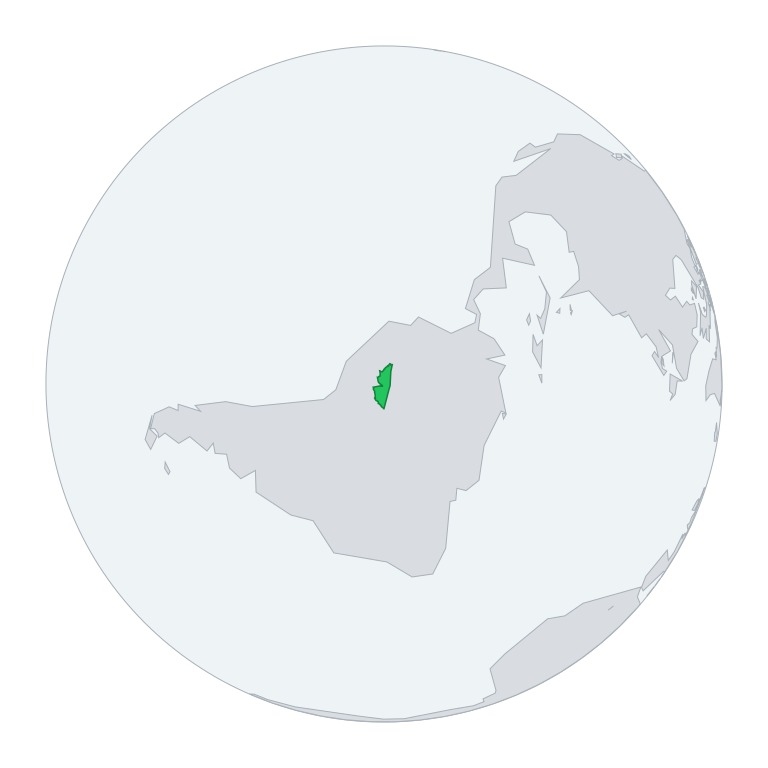 Acre on an orthographic globe, rotated 79°
{"feature_id": "BRA-576", "entity_name": "Acre", "entity_type": "State", "adm_level": 1, "iso_a3": "BRA", "parent_name": "Brazil", "parent_adm1": "", "projection": "orthographic", "projection_center": [-70.836, -9.13], "detail": "fine", "context": "on_globe", "style": "filled", "palette": "green", "viewbox_px": 768, "rotation_deg": 79, "n_neighbors": 0, "source": "natural_earth", "source_scale": "10m", "svg_char_len": 9075}
<svg xmlns="http://www.w3.org/2000/svg" viewBox="0 0 768 768"><g transform="rotate(79 384 384)"><circle cx="384" cy="384" r="338" fill="#eef3f6" stroke="#a8b0b8"/><path d="M274.0,64.5L289.0,59.9L303.9,59.8L309.4,57.7L318.5,57.9L328.3,55.9L328.3,57.5L336.1,54.8L334.2,53.8L337.0,52.6L342.6,51.7L343.6,53.1L340.9,53.8L344.1,53.8L342.2,55.1L346.3,54.0L346.8,56.5L354.5,52.9L361.8,54.0L359.9,56.1L349.4,57.3L318.7,68.5L313.5,72.9L316.8,76.8L345.7,80.2L344.4,85.1L350.6,90.8L356.2,86.8L353.4,81.2L365.5,76.3L360.6,71.1L364.8,68.7L364.1,63.8L375.8,63.4L387.6,66.1L388.7,70.5L393.9,72.2L402.2,67.7L413.4,77.0L436.6,85.6L438.2,88.8L424.5,93.8L400.7,93.4L382.9,104.0L406.2,96.5L409.9,106.2L415.4,108.0L422.1,107.6L425.3,104.0L429.0,107.7L407.4,115.5L403.7,112.2L410.5,109.4L399.4,109.8L384.8,116.9L387.8,122.3L362.7,130.6L364.5,134.8L360.1,139.7L358.8,132.0L360.6,146.6L331.5,165.0L333.3,194.1L318.8,172.2L305.8,170.6L290.0,172.5L290.0,177.1L269.3,175.8L250.0,188.0L242.0,212.5L248.5,230.4L271.6,228.6L279.0,217.2L296.2,213.6L283.1,243.6L313.0,245.6L309.6,268.5L318.2,279.9L333.4,276.0L349.1,281.2L360.5,267.4L378.7,259.8L379.0,278.5L389.1,261.3L399.3,270.2L435.7,269.9L432.9,274.1L463.5,297.5L496.6,309.1L504.3,323.8L500.3,332.4L511.8,335.7L511.9,341.6L557.1,354.8L579.8,372.4L578.8,393.2L559.2,415.2L540.2,465.5L504.7,479.7L494.8,500.5L465.7,530.2L444.3,526.7L449.6,542.7L437.0,551.7L422.9,551.9L419.9,563.0L409.4,562.9L416.0,570.5L398.6,584.7L403.1,596.8L390.3,608.4L393.7,615.4L389.0,615.2L384.0,617.8L383.4,621.7L369.2,615.1L365.4,599.3L370.8,591.2L364.6,589.9L375.8,569.3L369.0,573.5L371.1,542.8L381.0,517.6L387.7,446.3L380.5,432.4L354.5,416.7L323.3,367.2L331.6,346.6L324.8,337.4L347.1,308.4L341.2,283.1L333.4,279.8L325.5,289.7L298.8,275.4L289.8,257.3L210.8,236.4L203.4,228.7L204.4,214.5L184.7,175.4L190.2,214.1L181.3,207.8L175.4,194.8L180.4,190.2L178.7,171.1L171.6,166.0L176.7,143.9L202.1,114.3L203.3,117.0L209.3,110.5L208.1,107.2L205.8,106.7L224.7,87.9L224.1,86.3L248.6,74.4L274.0,64.5ZM65.6,271.3L68.2,264.1L67.2,267.3L65.6,271.3ZM69.4,260.7L68.6,262.9L69.2,261.2L69.4,260.7ZM69.6,260.2L69.5,260.5L69.3,260.8L69.6,260.2ZM331.2,204.5L365.5,218.1L345.7,220.6L349.5,217.7L340.9,211.8L324.7,207.0L307.4,211.3L331.2,204.5ZM347.3,187.1L341.3,186.2L347.2,185.9L347.3,187.1ZM203.7,107.3L207.3,107.6L206.0,112.5L202.2,112.5L203.7,107.3ZM207.3,99.9L210.9,98.4L203.9,104.2L204.1,103.2L207.3,99.9ZM357.8,64.6L360.9,64.2L359.4,65.3L357.8,64.6ZM354.5,63.0L350.6,64.5L348.4,64.0L350.9,63.1L354.5,63.0ZM359.9,61.4L345.2,63.1L341.5,62.4L348.0,58.6L359.9,61.4ZM331.2,54.0L333.4,54.9L326.4,55.2L331.2,54.0ZM326.0,54.6L300.5,59.0L300.0,57.9L308.6,56.3L303.9,56.3L316.2,53.4L321.6,52.8L319.5,53.9L325.8,52.1L326.0,54.6ZM337.6,52.1L332.5,52.8L331.7,51.8L341.8,50.3L338.8,51.0L337.6,52.1ZM296.6,58.0L297.8,57.4L308.1,54.8L309.9,54.3L316.4,53.3L296.6,58.0ZM341.8,50.8L346.9,49.6L352.4,49.5L342.5,51.5L341.8,50.8ZM327.2,52.3L327.3,51.8L330.5,51.5L327.2,52.3ZM374.6,49.5L368.5,49.6L367.5,49.0L374.6,49.5ZM348.5,49.3L346.6,49.4L345.5,49.3L349.9,48.6L348.5,49.3ZM323.2,51.8L327.3,51.1L321.1,52.0L328.6,50.7L331.5,50.5L333.4,50.0L335.7,49.6L335.6,50.0L323.2,51.8ZM351.2,48.0L357.6,48.2L369.1,47.7L370.3,48.1L351.5,48.9L351.2,48.0ZM342.0,49.0L348.0,48.4L346.4,48.9L341.4,49.7L342.0,49.0ZM354.9,47.6L353.2,47.7L355.9,47.5L354.9,47.6ZM336.0,49.5L339.8,49.0L335.5,49.6L335.3,49.6L336.0,49.5ZM353.6,47.5L355.6,47.4L352.3,47.7L353.6,47.5ZM348.6,47.9L349.9,47.9L345.6,48.3L347.5,48.1L348.0,48.0L348.6,47.9ZM366.4,46.5L367.8,46.5L360.4,47.1L359.0,47.0L366.4,46.5ZM392.9,629.1L370.4,617.6L383.1,622.7L391.9,616.7L403.7,625.5L392.9,629.1ZM418.9,613.7L429.2,610.8L431.6,612.8L425.1,615.4L418.9,613.7ZM626.5,148.6L621.7,143.9L621.2,145.3L636.5,169.1L632.9,170.1L622.6,163.6L601.0,137.6L611.5,138.6L604.0,131.0L588.2,119.1L592.7,121.0L587.6,116.8L590.2,117.4L580.5,109.2L580.9,109.4L604.6,128.0L626.5,148.6ZM662.6,575.2L663.7,570.6L671.6,558.4L684.1,532.6L704.9,473.0L712.9,448.5L716.4,428.2L716.3,380.8L716.9,357.4L714.9,346.4L712.0,346.9L708.7,333.9L706.1,332.5L683.8,334.3L672.0,316.8L645.7,268.1L646.1,250.8L637.2,230.3L632.3,170.6L641.3,175.9L648.8,174.4L651.6,177.7L661.5,191.6L666.8,199.0L679.7,220.4L690.9,242.6L700.5,265.6L708.4,289.3L714.5,313.5L718.8,338.0L721.3,362.8L721.9,387.8L720.7,412.7L717.7,437.4L712.8,461.9L706.2,485.9L697.8,509.4L687.7,532.2L676.0,554.2L662.6,575.2ZM645.7,201.1L648.7,206.9L648.7,207.0L645.7,201.1ZM436.8,269.7L441.2,273.4L435.4,273.4L436.8,269.7ZM342.8,227.9L350.1,228.1L353.9,230.7L348.3,231.8L342.8,227.9ZM404.9,227.3L413.3,228.9L404.5,230.3L404.9,227.3ZM371.0,220.0L398.1,226.8L380.8,232.0L363.7,228.2L375.6,226.4L371.0,220.0ZM343.5,196.9L348.1,198.0L346.6,201.1L343.5,196.9ZM351.6,187.0L349.8,187.3L347.6,184.9L351.6,187.0ZM411.2,105.7L413.0,105.2L419.7,105.7L416.5,107.2L411.2,105.7ZM449.6,100.1L454.8,106.3L448.9,102.5L445.5,105.1L428.8,101.2L438.2,90.3L436.9,95.6L449.6,100.1ZM409.2,94.3L418.7,97.1L408.0,94.5L409.2,94.3ZM556.5,96.5L561.9,99.1L567.4,103.3L566.4,105.6L558.5,99.2L556.5,96.5ZM568.1,102.3L547.2,89.6L546.9,88.6L550.6,91.1L552.5,91.7L559.0,96.1L579.1,108.7L585.3,113.5L580.3,113.3L578.6,110.3L573.5,107.5L568.1,102.3ZM494.3,67.9L485.2,64.9L496.3,66.3L503.5,69.1L503.1,70.8L494.4,68.5L494.3,67.9ZM374.1,55.4L369.9,55.9L369.6,55.2L373.0,54.3L374.1,55.4ZM371.8,49.6L392.1,53.1L388.3,53.7L404.7,56.4L401.2,59.1L390.7,57.0L400.3,61.8L389.4,61.1L396.9,64.5L373.9,59.5L364.5,59.9L376.4,58.3L379.9,55.5L378.5,54.5L367.8,52.1L349.3,52.6L349.8,50.8L355.1,49.6L359.6,49.2L357.9,50.2L365.2,49.0L366.1,50.3L371.8,49.6ZM448.3,52.3L450.5,52.7L455.5,53.8L455.3,54.0L461.5,55.5L457.8,54.8L468.5,57.6L460.5,55.7L464.1,57.1L470.0,58.1L456.3,61.4L456.8,65.8L461.7,71.1L447.2,68.5L433.4,62.6L422.0,56.6L423.6,53.3L416.8,53.3L415.5,52.0L421.4,52.5L411.5,51.0L412.1,50.2L401.9,47.9L387.3,47.3L383.2,46.8L389.2,46.7L381.0,46.5L389.6,46.2L386.8,46.1L388.9,46.1L418.8,47.9L448.3,52.3ZM383.4,46.1L377.4,46.3L378.7,46.4L370.4,47.4L358.7,47.7L362.2,47.3L362.8,47.0L366.2,47.0L363.9,46.9L368.6,46.5L368.1,46.5L373.3,46.3L372.5,46.3L383.4,46.1ZM634.5,157.6L634.4,157.2L642.4,166.4L641.4,165.5L634.5,157.6ZM627.5,149.8L633.8,156.5L629.8,152.3L627.5,149.8Z" fill="#d9dde1" stroke="#a8b0b8" stroke-width="1"/><path d="M391.3,394.8L391.2,394.8L390.5,394.8L390.3,394.8L390.0,394.7L389.8,394.6L389.6,394.6L389.4,394.6L389.1,394.6L387.7,395.3L387.2,395.4L386.9,395.4L386.6,395.4L386.3,395.2L386.2,395.1L385.9,394.8L385.7,394.7L385.1,395.1L385.1,394.6L385.1,393.9L385.1,393.1L385.1,392.4L385.1,391.6L385.1,390.9L385.1,390.1L385.1,389.4L385.1,388.9L385.1,388.6L385.1,388.3L385.2,388.0L385.3,387.9L385.5,387.9L385.6,387.7L385.7,387.4L385.6,387.2L385.4,387.1L385.3,386.9L385.3,386.7L385.2,386.6L385.3,386.6L385.5,386.6L385.5,386.4L385.6,386.2L385.8,385.9L385.6,385.8L385.4,385.8L385.2,386.0L384.9,386.3L384.5,386.6L384.4,386.7L384.2,386.9L384.1,387.0L383.8,387.1L383.7,387.2L383.5,387.5L383.4,387.5L383.2,387.7L383.2,387.8L383.1,388.0L382.6,388.2L382.2,388.3L382.0,388.5L381.9,388.8L381.6,388.9L381.4,389.0L381.2,389.1L380.9,389.1L380.6,389.2L379.5,389.2L378.5,389.2L377.5,389.2L376.4,389.2L376.1,389.2L376.2,388.9L376.2,388.7L376.3,388.6L376.3,388.4L376.2,388.3L376.2,388.2L375.7,387.7L375.7,387.3L375.7,387.2L375.5,386.9L375.4,386.7L375.5,386.5L375.4,386.4L375.2,386.4L375.0,386.2L374.8,386.1L374.7,386.1L374.4,386.1L374.1,386.1L373.8,385.9L373.5,385.9L373.4,385.9L373.2,385.8L372.5,385.7L370.2,385.7L370.3,385.5L370.6,385.2L370.8,384.8L370.9,384.7L371.0,384.7L371.2,384.4L371.5,384.1L371.6,383.8L371.6,383.3L371.5,383.2L371.4,382.9L371.1,382.7L370.5,382.0L370.4,381.7L370.2,381.5L369.8,381.4L369.7,381.3L369.6,381.2L369.3,380.9L369.3,380.7L369.4,380.4L369.3,380.2L369.2,380.1L368.9,380.0L368.8,379.9L368.3,379.6L368.2,379.5L368.2,379.4L368.2,379.2L367.9,378.8L367.9,378.6L367.9,378.3L367.9,378.2L367.6,377.8L367.6,377.7L367.2,377.4L366.8,377.1L366.7,376.8L366.7,376.7L366.8,376.7L367.0,376.7L367.3,376.4L367.2,376.2L366.8,376.0L366.6,375.9L365.7,375.0L365.5,374.8L365.4,374.7L365.6,374.6L365.8,374.4L365.8,374.2L365.6,373.7L366.0,373.7L366.4,373.5L366.5,373.5L366.9,373.5L367.0,373.5L367.1,373.4L367.2,373.2L367.0,372.8L366.6,372.3L366.6,372.2L373.3,375.0L386.7,378.3L390.0,380.0L407.3,388.3L408.3,388.8L408.2,389.0L407.7,389.2L406.8,389.8L405.9,390.8L405.6,390.9L405.4,390.9L405.3,391.0L405.2,391.1L404.8,391.1L404.7,391.1L404.4,391.1L404.3,391.3L404.2,391.4L404.1,391.5L403.9,391.5L403.7,391.6L403.6,391.8L403.4,392.0L403.2,392.0L402.8,392.2L402.8,392.3L402.7,392.3L402.6,392.5L402.3,392.7L402.3,392.8L402.2,393.0L402.0,393.4L401.8,393.4L401.7,393.4L401.5,393.2L401.4,393.1L401.2,393.1L400.5,393.1L400.4,393.1L400.2,393.1L399.9,393.3L399.6,393.8L399.2,394.1L399.0,394.6L398.9,394.7L398.8,394.8L398.7,395.0L398.2,395.1L397.9,395.3L397.7,395.3L397.3,395.4L397.0,395.7L396.8,395.7L396.0,395.9L395.9,395.9L395.8,395.6L395.9,395.4L396.0,395.1L395.9,395.1L395.6,395.1L395.4,395.1L395.2,395.1L394.9,395.1L394.7,395.1L394.2,394.9L393.9,394.9L393.7,394.8L393.3,394.8L392.9,394.8L392.7,394.7L392.3,394.7L391.9,394.8L391.7,394.8L391.3,394.8Z" fill="#22c55e" stroke="#15803d" stroke-width="1.5"/></g></svg>